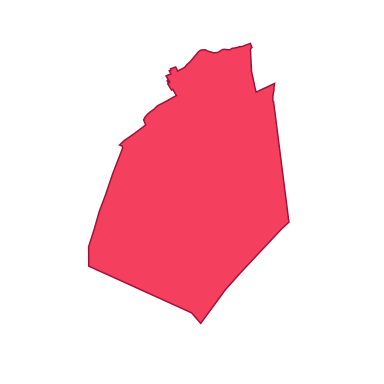 the district of San Agustín de las Juntas, Oaxaca, Mexico, rotated 59°
{"feature_id": "50627088B60730014826976", "entity_name": "San Agustín de las Juntas", "entity_type": "district", "adm_level": 2, "iso_a3": "MEX", "parent_name": "Mexico", "parent_adm1": "Oaxaca", "projection": "equal_earth", "projection_center": [-96.708, 16.991], "detail": "fine", "context": "isolated", "style": "filled", "palette": "rose", "viewbox_px": 384, "rotation_deg": 59, "n_neighbors": 0, "source": "geoboundaries", "source_scale": "gbopen_adm2", "svg_char_len": 2145}
<svg xmlns="http://www.w3.org/2000/svg" viewBox="0 0 384 384"><g transform="rotate(59 192 192)"><path d="M202.4,318.7L254.7,282.6L295.4,254.6L309.1,252.2L292.9,213.5L285.7,190.3L269.8,134.2L267.8,124.5L254.7,118.7L156.4,75.5L156.0,75.6L155.7,75.7L155.3,75.6L154.8,75.4L153.1,74.3L151.7,73.5L151.6,73.4L150.0,72.0L149.5,71.7L148.7,70.9L148.3,70.6L147.8,70.1L147.4,69.7L146.9,69.3L146.3,68.9L145.3,68.3L144.8,68.2L143.3,66.7L142.2,65.8L141.5,65.3L140.7,72.9L140.4,76.0L140.1,77.8L140.1,79.5L139.9,80.8L139.8,81.7L139.7,83.4L139.6,84.0L139.4,85.6L133.9,83.9L130.7,82.8L129.8,82.4L129.6,82.4L128.2,81.9L127.0,81.5L125.9,81.1L125.5,81.0L119.3,78.9L114.0,76.0L113.0,75.5L111.6,74.8L109.9,73.8L106.9,72.3L102.5,69.8L101.2,69.1L100.2,68.6L99.5,68.1L99.4,67.7L99.1,67.4L99.1,66.6L98.8,66.0L98.6,66.0L98.1,66.2L96.1,65.6L94.6,65.5L94.5,66.7L93.9,69.5L93.6,70.8L93.4,73.2L92.9,74.4L92.3,75.6L92.1,76.1L91.7,77.1L91.7,77.9L91.5,78.6L91.1,79.4L90.8,80.1L90.6,81.4L89.7,83.1L89.5,84.2L89.6,85.4L89.5,86.7L87.9,88.8L86.7,90.3L86.1,91.2L85.6,92.7L85.6,95.2L85.7,96.4L85.7,97.6L85.5,98.5L84.8,99.8L84.3,101.1L83.1,102.5L78.7,106.4L77.6,106.9L76.8,107.6L76.4,108.3L75.2,110.5L74.9,112.5L75.1,114.1L75.6,115.8L76.0,116.7L79.3,126.4L79.4,126.7L79.8,128.2L80.0,130.2L80.4,131.5L81.2,133.5L81.4,135.3L81.2,138.3L81.0,139.7L80.9,140.7L81.1,142.1L80.4,142.0L77.0,141.6L76.4,141.6L76.1,143.3L75.4,146.9L76.6,147.0L76.5,147.9L76.4,148.7L76.4,149.1L80.0,149.2L80.0,149.6L80.0,150.0L79.9,150.5L79.7,151.2L79.5,151.6L79.4,152.0L79.4,152.4L79.3,152.8L79.3,153.7L79.2,154.5L80.5,154.5L86.5,154.5L86.6,155.4L83.6,155.3L83.8,156.0L86.7,156.2L86.9,157.1L87.0,157.1L88.4,157.1L88.6,157.1L90.4,157.1L92.7,157.1L94.1,157.1L94.1,155.6L101.3,155.7L101.2,157.0L101.1,160.8L101.0,163.9L100.9,164.5L101.1,164.6L100.4,175.4L100.4,177.4L100.9,179.9L101.5,181.9L101.5,182.4L101.6,183.6L101.8,186.4L102.2,188.9L102.5,190.2L103.0,191.8L103.3,192.7L104.0,194.5L104.4,194.7L105.2,196.3L110.7,197.2L112.2,211.7L113.0,223.6L114.4,229.9L116.6,228.2L118.6,228.8L135.6,250.7L150.2,267.9L161.0,281.6L173.3,294.7L185.7,308.8L202.4,318.7Z" fill="#f43f5e" stroke="#9f1239" stroke-width="1.5"/></g></svg>